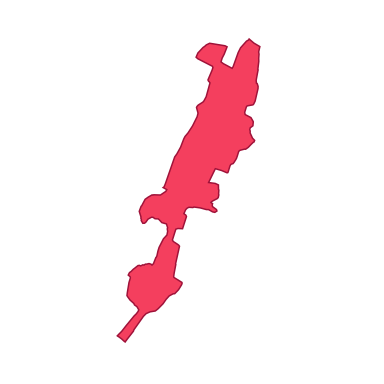 Guazacapán, Santa Rosa, Guatemala, rotated 17°
{"feature_id": "79465075B7979151806096", "entity_name": "Guazacapán", "entity_type": "district", "adm_level": 2, "iso_a3": "GTM", "parent_name": "Guatemala", "parent_adm1": "Santa Rosa", "projection": "natural_earth1", "projection_center": [-90.43, 14.006], "detail": "fine", "context": "isolated", "style": "filled", "palette": "rose", "viewbox_px": 384, "rotation_deg": 17, "n_neighbors": 0, "source": "geoboundaries", "source_scale": "gbopen_adm2", "svg_char_len": 3129}
<svg xmlns="http://www.w3.org/2000/svg" viewBox="0 0 384 384"><g transform="rotate(17 192 192)"><path d="M214.4,33.1L207.7,31.5L201.9,29.0L201.7,30.0L200.0,31.8L196.6,39.2L196.3,39.8L195.4,45.1L194.7,60.1L194.2,62.0L184.5,60.1L181.7,59.1L181.7,55.1L182.5,50.7L183.1,42.9L180.8,42.5L165.4,44.6L162.7,47.1L162.2,47.9L161.7,48.8L160.3,50.6L157.0,57.3L156.5,61.9L158.6,62.9L174.8,65.8L175.6,66.8L175.6,69.6L174.5,80.1L174.9,80.7L175.5,81.2L176.4,81.7L177.3,82.4L177.7,96.7L176.8,101.3L176.1,102.9L173.5,105.9L172.5,107.1L172.2,107.7L171.9,108.4L171.7,109.0L171.6,109.9L174.2,114.0L174.7,114.8L174.9,118.5L173.2,128.7L170.9,136.7L169.1,140.9L168.6,143.6L168.0,152.4L166.4,160.0L165.2,163.5L164.1,192.1L163.8,195.2L163.1,196.2L167.2,197.1L167.0,198.1L166.7,199.2L166.1,199.9L162.7,204.1L156.1,205.9L155.5,206.5L154.7,206.4L151.6,209.7L149.3,212.7L147.9,220.0L147.5,220.5L147.2,225.9L148.0,227.1L150.5,230.8L150.8,232.1L151.7,233.2L151.8,234.2L154.1,236.3L155.8,235.7L156.8,234.1L157.8,230.9L160.6,228.0L162.1,227.6L164.4,228.4L167.6,227.6L168.9,228.2L172.1,230.1L176.9,230.0L179.2,233.4L179.1,234.5L180.2,236.7L180.6,240.5L178.4,245.0L176.7,254.6L176.7,258.5L177.1,263.2L176.9,264.8L176.6,265.3L176.1,271.8L175.1,273.6L173.9,273.0L171.8,273.0L169.6,274.3L168.5,274.6L167.5,275.9L166.3,276.0L164.5,277.7L163.3,277.5L161.9,278.1L158.4,283.1L157.0,285.8L155.8,287.3L155.3,290.1L157.6,291.1L158.2,292.2L158.2,297.0L159.6,307.4L160.1,310.1L161.1,311.0L164.4,313.5L169.0,315.6L170.0,316.8L172.8,317.7L175.5,320.2L175.4,321.9L174.3,324.9L172.9,327.4L168.2,338.8L165.5,345.8L163.6,349.4L162.6,351.4L163.1,351.6L164.7,352.0L167.9,353.2L170.6,354.5L171.9,355.0L173.1,351.6L176.7,342.2L176.7,340.8L181.9,325.1L183.7,321.7L186.9,318.9L191.7,316.5L193.7,313.6L197.0,307.3L198.6,302.3L200.6,298.0L203.7,294.9L205.2,294.3L207.5,289.8L207.9,288.7L209.2,283.6L209.2,282.1L208.8,281.4L208.2,281.2L207.6,281.1L199.7,279.0L199.2,278.2L198.7,275.1L197.7,266.0L197.3,265.5L195.9,247.5L194.6,246.6L188.6,244.8L187.3,243.6L187.4,232.3L189.2,231.0L193.7,229.9L193.9,217.1L192.9,215.9L190.6,215.1L191.1,210.8L192.2,208.7L193.6,207.5L197.4,206.6L198.3,205.8L204.5,204.8L210.8,204.6L213.1,204.0L217.5,205.0L219.8,204.8L221.4,202.9L220.9,202.1L220.5,201.6L219.9,201.4L216.0,200.0L215.6,199.5L215.3,198.9L215.1,198.0L215.1,197.1L213.2,196.6L213.4,195.7L214.8,194.1L218.2,190.8L218.7,189.6L218.5,186.9L218.0,186.1L217.1,182.2L216.6,181.8L215.2,177.5L211.7,177.0L205.1,178.1L207.5,162.9L214.0,162.8L219.8,163.4L220.5,163.1L220.7,162.4L220.7,156.0L221.0,154.6L221.4,153.9L222.0,153.5L223.0,152.8L223.7,150.9L224.7,147.0L224.8,144.6L224.8,139.5L225.7,138.1L229.8,135.6L230.8,135.4L232.8,132.8L234.7,129.0L236.1,126.5L236.7,126.0L236.8,124.3L235.5,123.6L234.1,122.8L230.3,118.5L229.8,116.6L229.0,115.6L228.9,113.6L230.9,110.9L230.1,107.0L229.6,106.4L226.6,103.6L220.2,102.4L219.1,100.4L219.1,94.7L219.6,93.5L224.7,90.9L225.1,90.4L225.3,89.7L225.8,86.7L224.9,73.8L224.3,71.6L222.6,69.2L221.8,69.1L220.7,66.4L219.8,58.7L219.5,55.8L219.1,55.5L217.7,47.6L216.7,44.6L216.4,43.3L215.8,40.6L214.8,38.6L214.4,33.1Z" fill="#f43f5e" stroke="#9f1239" stroke-width="1.5"/></g></svg>